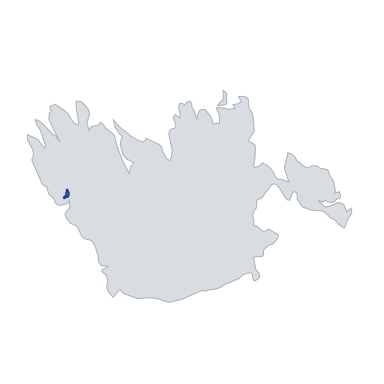 Cork City South West Lea-7, Cork, Ireland (highlighted), rotated 82°
{"feature_id": "5873133B2000011981509", "entity_name": "Cork City South West Lea-7", "entity_type": "district", "adm_level": 2, "iso_a3": "IRL", "parent_name": "Ireland", "parent_adm1": "Cork", "projection": "orthographic", "projection_center": [-8.54, 51.864], "detail": "fine", "context": "in_parent", "style": "filled", "palette": "blue", "viewbox_px": 384, "rotation_deg": 82, "n_neighbors": 0, "source": "geoboundaries", "source_scale": "gbopen_adm2", "svg_char_len": 5041}
<svg xmlns="http://www.w3.org/2000/svg" viewBox="0 0 384 384"><g transform="rotate(82 192 192)"><path d="M237.4,58.1L230.2,63.4L229.1,65.3L227.2,73.2L227.0,75.5L222.5,84.2L220.0,86.1L216.1,87.5L214.0,88.9L211.2,88.3L207.7,88.4L206.0,90.0L206.1,91.2L207.1,92.6L213.6,96.5L213.3,98.2L211.5,100.1L199.9,104.9L196.4,107.8L195.2,109.6L196.5,112.8L205.9,122.1L207.5,123.1L208.9,128.6L217.2,130.8L220.6,134.2L223.5,135.0L229.9,134.6L232.4,135.8L233.9,134.8L234.7,133.0L241.6,126.2L239.3,121.3L246.3,112.6L248.2,112.7L251.6,115.2L254.5,118.8L255.5,123.6L258.2,127.9L259.9,129.3L264.5,130.1L265.6,131.8L264.9,138.1L265.7,140.1L277.3,139.7L281.8,136.8L285.8,137.1L287.9,139.9L288.9,142.8L285.5,144.0L281.8,143.5L280.1,145.4L280.1,149.1L281.5,153.8L284.0,157.1L286.2,164.6L288.1,172.9L290.8,177.9L291.5,184.2L291.3,187.3L291.9,192.8L290.9,194.8L291.9,200.0L296.8,216.7L298.1,229.8L296.1,234.7L293.4,239.5L291.7,245.1L290.5,251.1L289.9,260.8L284.0,272.3L281.4,275.2L278.4,277.0L285.4,284.7L280.0,288.4L274.0,289.6L267.2,287.8L263.1,288.2L257.9,292.4L256.6,291.7L254.0,285.3L252.3,292.0L248.5,294.2L241.9,293.9L230.9,295.8L226.6,297.8L224.9,300.8L223.7,304.3L222.0,306.3L220.0,307.4L211.5,310.1L209.8,311.1L205.9,316.7L200.7,320.0L196.4,320.9L192.5,317.7L191.0,315.8L189.2,314.8L183.3,315.0L185.2,316.0L186.4,318.2L187.0,322.6L186.3,326.9L183.4,329.1L179.9,329.5L174.4,334.0L167.2,335.2L163.2,339.3L139.1,346.0L137.8,346.1L134.5,344.3L130.9,343.5L127.3,344.0L117.1,347.7L112.3,346.9L118.6,337.3L127.1,332.6L127.9,331.3L125.2,330.6L109.3,333.7L103.8,336.5L98.2,337.2L100.9,332.8L108.1,327.0L114.3,323.1L117.0,319.6L124.5,315.7L100.3,323.6L94.1,322.4L92.6,320.1L87.7,321.1L86.0,315.4L93.4,307.1L97.7,303.6L102.8,301.7L107.7,299.0L109.5,295.6L107.3,294.5L92.8,295.0L85.9,294.1L86.4,291.4L87.7,288.4L95.0,283.4L98.9,282.6L102.3,283.2L108.3,286.4L116.5,285.5L113.1,282.2L112.7,275.4L110.1,273.1L113.5,270.1L117.3,268.2L123.7,261.9L125.9,260.9L138.3,259.5L151.8,256.2L165.0,251.6L158.2,249.0L155.0,245.5L149.8,252.5L146.0,255.1L135.3,256.4L132.0,255.6L127.3,253.4L125.8,254.2L124.4,255.8L117.3,259.1L109.9,259.8L118.6,253.7L129.6,243.2L132.1,239.9L135.6,234.1L134.6,231.5L132.4,229.9L140.3,218.0L143.1,215.9L148.1,215.5L151.8,213.7L153.4,213.7L154.9,213.0L158.1,209.4L153.2,207.1L148.1,205.8L132.2,206.9L130.2,206.6L128.2,205.5L127.0,203.9L126.1,199.8L124.9,198.9L121.4,198.8L117.8,200.0L115.4,199.8L113.0,198.0L116.9,193.9L112.0,192.8L107.0,193.5L102.8,192.2L102.7,189.6L104.7,187.0L102.3,184.4L101.8,181.3L104.5,179.8L107.4,180.4L113.2,178.2L120.8,177.2L114.4,174.8L111.9,172.8L111.8,169.8L112.3,167.2L119.8,163.0L127.8,161.2L127.2,158.3L127.8,155.2L119.9,154.2L112.0,156.3L112.9,150.4L114.9,145.1L115.3,141.6L115.0,137.8L111.3,139.3L111.0,134.0L109.5,130.3L104.1,132.7L104.3,127.9L105.9,124.6L108.8,123.2L111.6,123.9L116.8,123.9L121.8,121.5L129.1,121.0L140.6,121.9L148.5,129.1L150.5,127.8L153.7,123.4L155.2,122.9L167.2,124.9L174.6,127.5L176.6,126.7L175.5,121.7L173.0,118.2L176.2,113.7L180.1,110.6L182.6,109.1L188.6,107.2L191.2,105.4L192.9,99.5L195.7,94.7L180.7,97.2L166.5,91.5L168.7,87.4L171.7,85.1L176.9,83.4L177.4,81.2L180.0,79.5L184.3,74.8L182.7,68.8L183.6,64.4L186.7,61.5L187.6,57.3L189.0,54.3L195.2,53.2L201.2,50.3L210.5,49.8L212.9,51.0L212.3,46.0L216.7,45.3L218.4,46.2L219.2,49.8L221.2,52.0L221.9,55.9L220.6,59.0L218.4,61.3L220.4,63.7L217.3,68.1L220.7,66.2L225.5,61.9L225.2,58.4L224.3,54.1L222.9,50.2L223.5,45.9L226.2,43.1L233.3,41.6L230.3,36.8L232.9,36.3L235.7,37.3L239.9,41.0L248.9,46.2L244.7,51.1L239.4,54.5L237.4,58.1ZM110.4,152.3L110.2,154.6L106.8,151.6L105.1,148.5L95.6,146.8L99.7,143.8L101.6,144.7L108.3,145.0L110.2,146.4L110.4,152.3Z" fill="#d9dde1" stroke="#a8b0b8" stroke-width="1"/><path d="M180.7,319.3L180.3,319.0L180.3,318.9L180.0,318.8L179.9,318.7L180.0,318.4L180.0,318.2L179.9,317.9L180.0,317.8L179.9,317.6L180.0,317.4L179.9,317.3L179.8,317.1L179.8,316.9L179.7,316.7L179.5,316.4L179.6,316.1L179.6,315.7L179.4,315.6L179.5,315.2L179.4,315.2L179.3,314.9L178.9,314.9L178.7,315.0L178.5,314.8L178.5,314.7L178.3,314.5L178.1,314.5L177.8,314.4L177.6,314.5L177.3,314.4L177.2,314.4L176.9,314.2L176.6,314.0L176.4,314.0L176.2,314.0L175.8,314.3L175.6,314.3L175.4,314.4L175.4,314.5L175.2,314.6L175.1,314.3L174.9,314.5L174.7,314.6L174.4,314.6L174.1,314.4L174.0,314.5L173.9,314.7L173.7,314.7L173.3,314.7L173.2,314.7L172.8,314.9L172.7,314.9L172.4,315.0L172.2,315.0L172.2,315.3L172.1,315.6L172.1,315.8L172.7,315.8L173.0,315.9L173.2,316.0L173.5,316.1L173.8,316.2L174.1,316.3L174.4,316.3L174.6,316.4L174.8,316.4L174.9,316.6L175.0,316.6L175.3,316.7L175.3,316.8L175.5,316.8L175.7,317.0L175.8,317.0L176.1,317.0L176.3,317.1L176.5,317.1L176.8,317.1L177.2,317.2L177.3,317.2L177.4,317.3L177.4,317.2L177.5,317.1L177.6,316.9L177.7,317.1L177.9,317.4L178.1,317.4L178.0,317.7L178.1,317.9L178.2,318.0L178.3,318.2L178.3,318.3L178.5,318.5L178.9,319.1L179.0,319.2L179.0,319.3L179.1,319.5L179.2,319.4L179.3,319.4L179.4,319.5L179.5,319.6L179.7,319.9L179.8,319.9L180.1,319.6L180.3,319.7L180.7,319.4L180.7,319.3Z" fill="#3b82f6" stroke="#1e3a8a" stroke-width="1.5"/></g></svg>